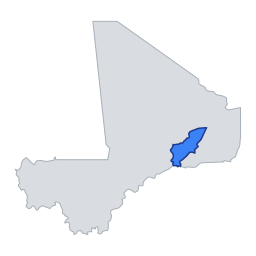 location of Gao, Gao, Mali
{"feature_id": "8926073B84061132695750", "entity_name": "Gao", "entity_type": "district", "adm_level": 2, "iso_a3": "MLI", "parent_name": "Mali", "parent_adm1": "Gao", "projection": "mercator", "projection_center": [-0.018, 16.371], "detail": "fine", "context": "in_parent", "style": "filled", "palette": "blue", "viewbox_px": 256, "rotation_deg": 0, "n_neighbors": 0, "source": "geoboundaries", "source_scale": "gbopen_adm2", "svg_char_len": 4682}
<svg xmlns="http://www.w3.org/2000/svg" viewBox="0 0 256 256"><path d="M27.5,203.2L27.6,202.1L26.7,201.4L26.7,201.0L27.2,198.0L27.1,197.2L27.5,195.6L26.9,195.0L26.8,194.4L25.3,192.4L24.9,190.8L24.2,189.7L22.5,189.3L21.9,190.2L21.5,190.4L20.9,189.7L20.6,189.1L20.6,188.6L18.4,186.0L18.6,184.5L19.4,183.8L19.7,182.6L18.9,181.2L19.0,179.8L18.9,177.9L17.6,176.3L16.8,175.5L16.1,174.4L16.6,171.7L15.4,169.4L17.8,170.3L18.9,169.5L20.0,168.3L20.9,166.8L21.3,164.9L21.5,163.3L22.5,160.7L23.6,159.5L26.0,157.7L26.6,157.9L30.5,161.6L32.7,163.6L33.5,164.6L34.3,164.6L35.4,162.7L36.5,161.1L37.0,160.7L40.9,160.5L42.9,160.8L44.7,161.3L47.3,161.4L54.0,160.2L54.1,159.5L54.0,158.6L54.3,157.9L54.9,157.3L55.3,157.1L55.5,159.3L56.1,159.6L57.7,159.7L107.7,159.7L109.8,148.5L106.1,144.5L92.9,21.4L117.1,21.4L121.3,24.3L198.5,79.1L198.9,80.9L198.8,83.3L199.4,84.0L200.5,84.8L204.8,87.1L205.2,87.5L205.3,88.5L205.9,89.7L206.8,90.4L207.9,90.9L209.2,91.2L213.1,91.6L214.0,92.1L215.7,94.2L216.6,94.7L222.0,95.8L223.7,96.4L225.6,97.3L226.6,98.2L226.5,101.5L227.3,103.7L227.3,104.3L226.4,105.1L226.2,105.8L225.2,107.5L225.4,108.2L227.3,109.5L228.2,109.8L229.3,109.8L240.5,107.6L240.6,138.4L240.2,138.9L239.9,144.3L239.1,147.5L237.6,149.8L236.7,153.3L236.2,154.0L235.8,156.0L234.9,157.2L233.5,157.6L230.9,159.9L230.7,161.7L224.6,160.7L224.2,160.7L223.9,160.9L223.8,161.9L208.2,162.5L200.6,162.9L195.8,167.0L192.7,167.4L188.8,167.0L186.8,167.0L186.0,167.2L185.8,168.0L179.7,165.9L177.3,166.5L177.0,166.3L176.7,165.9L175.6,165.6L173.8,165.7L172.5,166.0L168.6,169.3L166.4,170.1L162.5,172.0L159.8,173.6L158.8,174.0L157.2,174.0L156.0,174.4L154.8,178.1L154.1,178.4L149.4,176.9L148.4,177.2L147.6,177.6L145.0,179.8L143.7,181.5L143.0,183.8L143.1,185.3L142.6,185.7L141.4,185.9L139.2,185.4L138.6,185.6L138.3,186.7L138.3,189.2L137.8,190.9L136.5,191.4L135.5,192.1L134.8,192.3L134.1,192.1L130.3,189.6L129.0,189.2L127.6,189.5L126.3,190.5L123.8,193.2L124.1,194.1L124.8,195.2L125.2,196.5L125.2,197.7L121.8,199.4L122.6,200.7L122.5,204.1L120.9,205.6L120.3,206.6L118.8,207.7L117.4,208.4L113.2,209.3L111.5,210.3L110.7,211.2L110.6,212.1L110.7,213.2L111.5,215.5L111.3,217.5L110.6,219.9L109.9,220.9L108.0,222.1L108.3,223.7L108.4,225.9L108.1,228.8L107.5,230.7L107.1,230.5L105.2,230.6L103.2,231.2L102.4,231.7L102.3,232.3L100.6,233.9L99.4,233.8L98.3,233.4L97.8,233.0L97.7,232.7L98.4,231.5L98.4,231.1L97.8,228.9L97.9,228.3L97.6,226.6L95.2,227.3L95.1,227.6L95.5,228.7L95.2,228.8L94.4,228.8L93.3,228.5L92.1,227.5L91.8,227.8L91.7,228.6L91.6,229.5L91.9,231.2L91.6,231.8L89.7,231.7L88.1,231.9L87.7,232.4L87.5,233.1L87.9,233.8L87.8,234.2L87.2,234.6L86.8,234.6L86.0,233.8L82.4,233.0L82.1,231.9L81.7,231.9L80.6,230.5L80.1,230.5L79.7,230.8L78.4,230.7L77.2,231.9L76.3,233.3L75.3,234.0L73.9,234.3L74.1,233.4L73.7,232.1L70.6,230.5L70.1,229.9L69.3,226.2L69.4,225.1L69.6,224.2L69.5,223.4L69.1,222.9L68.2,222.3L67.3,222.1L66.1,222.8L65.5,222.9L64.9,222.9L64.7,222.6L64.7,222.2L66.0,220.3L66.7,219.4L67.9,218.5L68.3,218.0L68.3,217.6L68.2,217.4L67.3,217.0L66.0,216.1L65.3,216.0L64.7,215.6L64.0,214.1L63.8,213.9L63.1,213.7L62.5,213.4L62.6,209.9L61.3,207.3L60.1,204.0L59.5,203.2L58.5,202.5L57.2,202.1L56.0,202.0L54.7,202.3L54.7,202.6L55.5,203.7L55.6,204.3L55.5,204.9L55.2,205.2L53.5,205.6L51.1,206.8L50.4,208.2L49.8,208.4L48.9,208.2L42.7,205.8L40.1,206.9L38.4,208.9L38.0,209.6L37.2,210.2L36.8,210.2L36.3,209.8L34.5,206.7L33.7,205.9L32.8,205.9L31.9,206.4L31.1,207.5L30.0,208.5L29.3,208.7L28.7,208.6L26.1,206.5L26.0,206.0L27.1,203.5L27.5,203.2Z" fill="#d9dde1" stroke="#a8b0b8" stroke-width="1"/><path d="M200.9,139.7L205.4,130.1L206.5,127.9L205.7,127.7L198.9,128.3L198.0,128.5L197.0,128.8L195.3,129.6L194.1,130.0L191.9,130.9L189.9,131.8L188.7,133.8L189.4,136.7L188.7,137.9L186.6,138.3L186.4,139.1L183.8,141.3L183.2,142.5L182.6,142.9L182.0,143.2L180.6,143.0L179.1,144.0L173.6,144.8L173.1,144.6L172.5,147.5L170.5,149.8L171.0,151.5L172.6,153.2L173.4,155.1L173.2,157.0L172.6,158.8L171.1,160.2L171.2,161.1L171.8,161.6L173.2,161.8L173.3,162.6L172.8,163.6L173.3,165.6L173.6,165.6L174.0,165.6L174.3,165.6L174.8,165.6L175.1,165.6L175.3,165.6L175.5,165.6L175.9,165.6L176.2,165.6L176.6,165.6L176.8,165.6L177.1,165.9L177.1,166.1L177.4,166.4L177.5,166.6L177.8,166.7L178.1,166.5L178.4,166.3L178.5,166.2L178.9,166.0L179.1,165.9L179.3,165.8L179.4,165.7L179.5,165.7L180.0,165.8L180.3,165.9L180.4,166.0L180.4,165.9L180.8,164.6L180.6,163.6L179.6,162.4L179.7,161.4L182.3,159.8L186.4,156.1L186.6,156.0L187.0,155.7L187.1,155.4L187.0,155.2L187.4,154.9L189.6,152.4L191.3,152.1L192.8,152.3L194.5,153.0L194.9,152.9L194.8,150.7L194.7,149.8L195.2,149.2L197.8,146.9L198.1,146.5L197.9,146.0L196.8,144.5L197.0,143.8L200.9,139.7Z" fill="#3b82f6" stroke="#1e3a8a" stroke-width="1.5"/></svg>